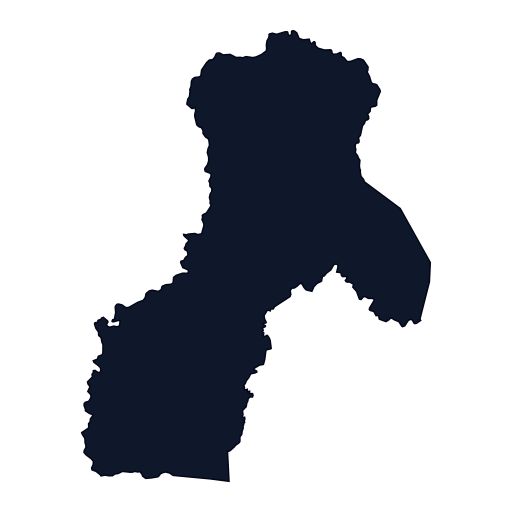 El Porvenir, Francisco Morazán, Honduras
{"feature_id": "27666195B45920652298174", "entity_name": "El Porvenir", "entity_type": "district", "adm_level": 2, "iso_a3": "HND", "parent_name": "Honduras", "parent_adm1": "Francisco Morazán", "projection": "mercator", "projection_center": [-87.232, 14.709], "detail": "fine", "context": "isolated", "style": "filled", "palette": "ink", "viewbox_px": 512, "rotation_deg": 0, "n_neighbors": 0, "source": "geoboundaries", "source_scale": "gbopen_adm2", "svg_char_len": 5986}
<svg xmlns="http://www.w3.org/2000/svg" viewBox="0 0 512 512"><path d="M85.4,410.8L89.4,413.4L92.6,414.6L92.8,415.0L92.3,416.4L90.5,418.6L90.0,422.1L88.6,423.5L88.7,427.9L81.7,432.6L82.3,434.3L84.9,438.4L85.1,442.9L85.9,445.4L85.9,447.5L84.2,450.6L84.0,452.5L86.0,454.8L91.3,458.8L93.4,461.4L93.2,464.6L91.6,467.9L92.0,469.9L95.9,471.3L100.1,474.6L101.0,475.9L105.1,475.1L108.8,475.8L112.6,475.7L114.7,474.1L118.4,473.4L122.4,471.4L130.1,472.2L132.2,472.2L134.8,471.4L137.8,472.0L139.8,471.6L141.9,474.0L142.6,476.1L145.7,478.4L151.5,477.9L157.9,476.8L159.2,475.6L160.4,473.8L163.0,472.6L165.5,472.0L169.6,473.0L173.1,475.4L210.5,478.9L229.0,481.3L227.5,451.3L228.9,451.2L230.4,450.4L234.2,447.0L235.7,445.2L238.9,442.9L239.9,441.5L239.9,436.9L241.8,434.3L242.1,431.2L243.2,428.1L243.0,425.9L243.6,425.1L243.7,423.2L244.6,422.6L244.3,420.2L244.9,419.1L244.6,417.2L242.9,417.4L242.0,416.6L243.0,414.9L242.5,410.5L246.2,406.7L246.8,402.9L247.7,401.4L248.2,398.5L250.1,397.0L252.4,397.0L253.1,395.3L252.5,393.6L249.5,393.6L249.6,391.2L247.4,391.7L247.3,389.3L245.2,389.8L244.4,389.5L244.2,388.9L244.5,387.7L243.8,385.3L245.3,383.4L246.3,380.8L248.8,377.6L250.6,373.9L255.1,372.9L256.9,372.0L256.5,371.0L253.8,369.5L253.7,368.6L259.3,365.2L263.4,364.4L264.7,359.7L265.9,350.4L266.9,349.7L270.6,348.9L271.2,348.4L270.2,340.6L269.4,338.3L267.4,335.4L266.5,335.5L265.1,336.5L263.7,336.3L263.4,335.3L263.8,333.0L262.0,331.5L263.2,330.5L262.5,327.9L265.0,326.8L265.5,326.1L265.0,325.4L263.6,324.8L263.4,323.6L264.0,323.2L265.7,323.0L266.2,322.2L264.7,319.3L264.0,315.7L267.3,310.3L268.0,310.1L270.2,310.9L270.9,308.9L273.2,309.0L274.5,306.7L290.0,296.6L290.8,294.4L290.2,290.6L291.9,288.0L293.2,288.2L294.7,287.8L297.2,286.1L299.4,283.9L301.5,283.2L304.1,287.6L306.1,289.9L311.9,291.3L313.9,286.7L317.0,283.4L321.5,281.2L322.4,276.5L324.4,275.8L326.3,273.3L330.8,269.9L333.7,264.8L335.0,264.2L336.6,264.2L337.7,264.9L338.0,266.6L336.7,272.1L340.6,272.6L341.1,273.3L341.4,275.3L342.5,276.6L346.5,276.4L346.8,278.7L345.3,280.4L346.0,281.6L347.3,282.1L349.5,282.0L353.1,283.9L353.4,285.0L352.8,287.1L356.6,291.4L359.4,299.1L361.1,299.5L363.3,297.0L364.4,296.5L365.8,296.9L368.3,298.4L372.4,298.4L373.8,299.2L374.2,300.4L369.6,308.0L369.3,309.6L370.3,310.5L373.8,311.4L376.0,315.6L377.8,315.5L378.6,316.2L379.4,319.2L386.0,321.6L388.8,319.9L389.8,318.6L391.9,318.0L393.7,319.5L398.9,321.7L401.8,326.2L402.7,326.7L404.8,325.8L407.9,320.9L409.3,319.8L410.9,319.4L412.3,320.0L414.0,323.1L414.7,323.6L416.6,323.2L420.7,320.4L419.9,319.2L429.4,281.9L430.3,262.5L400.2,208.5L364.5,181.9L363.6,179.5L361.1,176.4L360.3,172.7L360.4,170.2L359.7,168.5L359.4,165.7L359.9,160.3L358.2,157.6L357.6,155.7L355.3,152.7L355.8,149.2L355.2,147.4L355.3,144.7L356.2,143.2L358.3,142.9L358.9,142.3L359.1,140.9L358.5,137.6L360.4,135.4L362.4,126.0L364.5,123.2L365.4,120.5L367.7,119.7L368.7,118.7L368.6,116.4L367.5,114.1L370.1,111.3L370.3,108.6L370.7,107.6L371.5,106.9L375.4,106.2L376.7,105.1L376.7,100.2L380.3,91.5L379.8,89.6L376.9,85.0L375.7,84.3L372.4,83.6L371.2,82.2L369.5,76.5L367.0,71.7L367.8,70.5L368.1,67.0L363.4,60.1L360.7,58.9L357.9,58.7L351.2,61.2L348.7,61.6L347.0,61.4L344.1,57.8L341.3,56.2L341.2,53.3L340.7,52.5L340.0,52.5L336.8,54.1L333.2,54.2L332.2,53.4L331.7,50.8L330.8,49.8L324.5,50.0L318.1,48.2L315.6,45.8L315.1,44.4L315.2,42.7L314.6,41.8L313.9,41.7L312.0,43.3L311.0,43.6L310.2,42.7L309.2,39.2L303.4,39.8L299.1,38.5L296.8,32.9L294.6,31.1L292.9,30.7L291.9,31.0L291.5,31.7L291.5,34.8L289.1,35.6L288.4,35.0L287.6,32.0L286.7,31.7L284.7,31.9L276.7,34.3L272.4,33.2L269.6,33.9L269.0,34.4L269.1,36.1L268.7,37.7L267.0,40.9L266.4,44.7L266.6,48.8L266.3,50.9L261.5,54.5L256.2,56.9L252.8,57.6L246.1,56.6L242.5,57.8L240.2,57.3L236.2,57.5L230.1,54.4L223.1,54.9L219.6,53.0L217.1,53.1L216.2,53.9L214.8,57.1L213.1,59.2L211.4,60.0L210.4,59.8L209.0,60.3L206.6,62.6L201.6,70.0L200.8,76.0L198.9,77.0L194.6,77.5L192.4,79.1L191.4,81.3L191.0,86.5L189.8,89.5L190.0,91.6L189.5,96.5L187.8,99.1L186.8,104.1L191.6,108.3L192.5,108.5L194.5,107.8L195.2,108.2L195.6,111.0L194.8,114.1L194.8,116.6L196.8,124.9L198.8,126.7L201.5,127.7L203.1,130.8L203.0,133.4L205.5,137.0L208.2,138.7L208.9,140.4L209.5,145.3L208.0,148.9L207.3,152.5L208.6,157.0L208.7,160.8L207.5,164.7L205.0,168.2L204.7,169.5L205.3,171.4L209.7,173.0L211.2,174.4L210.8,177.2L208.9,181.1L209.8,182.9L209.9,186.0L210.4,186.9L211.4,187.4L211.9,189.5L211.6,191.8L210.2,193.9L209.4,197.5L210.3,200.9L210.0,203.2L210.9,204.6L210.9,206.0L206.5,212.9L203.1,214.6L202.3,215.4L202.6,217.3L202.0,219.7L203.4,222.6L204.0,225.2L201.7,233.5L200.3,234.2L197.6,234.5L194.8,233.5L188.2,234.1L187.0,234.8L183.6,234.4L183.8,235.4L184.8,236.6L188.7,240.0L188.4,241.4L186.2,243.7L185.5,246.1L184.3,248.3L185.0,249.8L187.2,250.9L188.0,254.3L187.5,255.9L185.5,257.3L183.7,260.5L181.0,261.2L180.6,262.3L182.8,267.6L188.3,270.0L188.4,271.4L187.8,273.3L182.7,273.2L176.2,275.3L173.6,277.4L173.1,282.7L172.3,283.6L170.7,284.3L166.0,284.7L162.6,286.0L161.9,286.8L161.3,289.5L158.9,291.2L157.1,291.2L152.2,290.2L149.3,290.9L146.1,293.5L145.3,297.4L143.3,300.3L137.8,302.3L129.2,307.2L127.6,307.6L125.6,307.5L122.2,305.0L118.4,304.0L116.9,304.4L115.6,305.9L115.2,307.3L115.7,312.5L114.5,318.7L114.3,319.3L112.6,319.8L112.0,321.2L112.5,321.7L113.5,321.8L118.6,320.4L119.6,320.6L120.0,321.4L119.9,323.3L119.4,325.5L118.7,326.4L116.8,326.7L113.6,326.1L109.9,327.2L108.3,326.8L107.0,325.6L106.5,324.5L107.9,322.1L107.7,321.0L103.3,317.3L101.6,318.0L100.9,319.3L98.1,320.3L97.0,322.8L95.4,322.6L94.6,323.2L94.6,324.3L95.9,328.3L98.5,332.0L98.7,335.5L100.8,337.3L101.3,338.5L101.8,341.8L103.0,344.8L102.9,352.6L102.6,353.9L101.8,354.9L98.3,356.3L97.4,359.2L93.3,360.7L93.9,362.3L98.0,365.3L100.1,367.4L100.7,368.8L100.7,370.7L100.2,372.1L98.9,372.6L97.5,372.1L95.0,370.4L93.4,370.6L93.1,373.0L92.0,374.3L92.5,376.8L87.5,381.9L88.0,384.0L90.0,386.7L87.8,391.5L90.6,394.4L91.1,396.6L90.4,398.6L88.7,401.3L85.3,402.3L84.3,403.4L84.0,405.3L85.5,409.5L85.4,410.8Z" fill="#0f172a" stroke="#020617" stroke-width="1.5"/></svg>